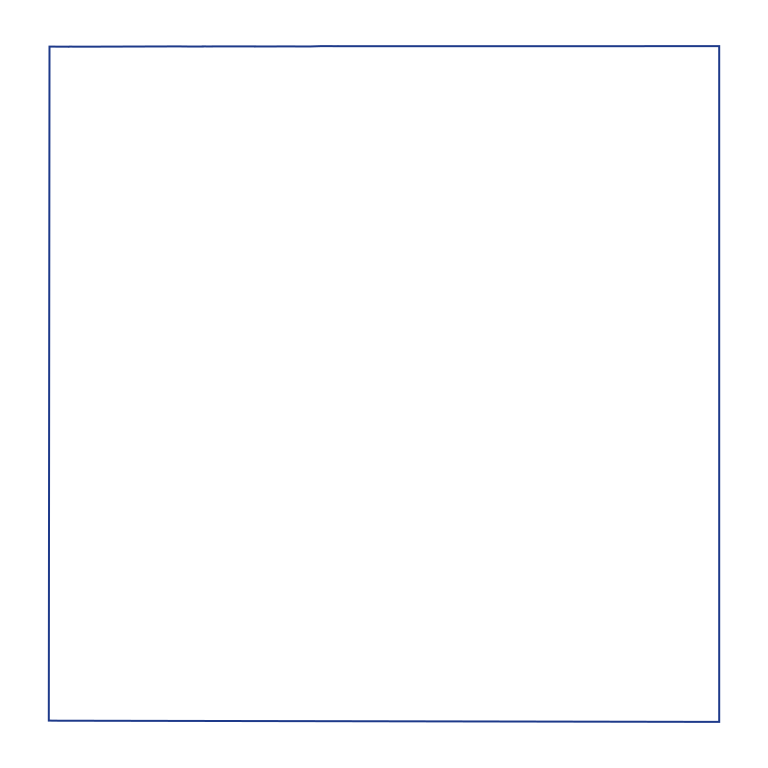 Lipscomb, Texas, United States of America
{"feature_id": "52423323B40527291934066", "entity_name": "Lipscomb", "entity_type": "district", "adm_level": 2, "iso_a3": "USA", "parent_name": "United States of America", "parent_adm1": "Texas", "projection": "mercator", "projection_center": [-100.37, 36.278], "detail": "fine", "context": "isolated", "style": "outline", "palette": "blue", "viewbox_px": 768, "rotation_deg": 0, "n_neighbors": 0, "source": "geoboundaries", "source_scale": "gbopen_adm2", "svg_char_len": 419}
<svg xmlns="http://www.w3.org/2000/svg" viewBox="0 0 768 768"><path d="M49.5,46.6L48.8,720.6L56.8,720.7L719.2,721.9L719.2,46.1L715.1,46.1L609.2,46.2L497.3,46.2L338.5,46.2L338.0,46.1L337.8,46.2L321.9,46.1L309.3,46.5L287.9,46.4L255.1,46.5L255.1,46.4L212.2,46.4L212.1,46.5L202.7,46.4L202.7,46.5L187.2,46.5L178.5,46.4L78.9,46.7L69.0,46.6L68.8,46.8L67.9,46.7L49.5,46.6Z" fill="none" stroke="#1e3a8a" stroke-width="2"/></svg>